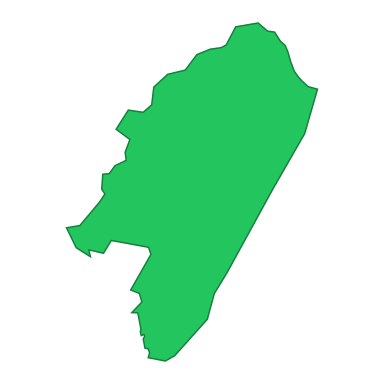 the district of Mansoura, Cyprus
{"feature_id": "46923920B83327949729976", "entity_name": "Mansoura", "entity_type": "district", "adm_level": 2, "iso_a3": "CYP", "parent_name": "Cyprus", "parent_adm1": "", "projection": "albers", "projection_center": [32.619, 35.182], "detail": "fine", "context": "isolated", "style": "filled", "palette": "green", "viewbox_px": 384, "rotation_deg": 0, "n_neighbors": 0, "source": "geoboundaries", "source_scale": "gbopen_adm2", "svg_char_len": 885}
<svg xmlns="http://www.w3.org/2000/svg" viewBox="0 0 384 384"><path d="M317.5,89.2L308.1,86.6L301.7,80.7L298.0,76.5L294.2,71.1L290.5,61.0L287.9,51.9L285.2,45.5L280.4,41.2L274.6,32.1L267.6,31.1L258.1,23.0L235.7,26.8L226.2,44.9L221.4,47.6L210.2,49.2L196.9,54.6L185.2,70.1L167.7,74.3L153.8,87.1L151.7,104.8L143.2,112.3L128.3,110.1L116.1,129.3L129.9,139.5L125.1,152.3L126.2,160.3L115.0,165.7L109.2,173.7L102.8,174.2L101.7,189.2L104.9,194.0L99.6,202.0L79.9,225.5L66.5,227.8L76.2,247.7L90.4,256.7L88.9,249.9L103.5,253.3L111.3,240.5L148.6,247.3L150.9,254.4L130.7,290.0L139.3,293.4L141.9,302.0L131.8,312.6L137.8,312.9L141.0,329.5L140.3,331.6L141.2,335.6L143.9,334.4L144.6,336.4L143.2,339.0L145.0,348.2L148.1,348.8L149.6,352.7L148.2,357.7L165.3,361.0L174.7,355.7L207.3,319.3L214.3,293.6L227.1,272.6L272.1,190.4L304.7,133.6L317.5,89.2Z" fill="#22c55e" stroke="#15803d" stroke-width="1.5"/></svg>